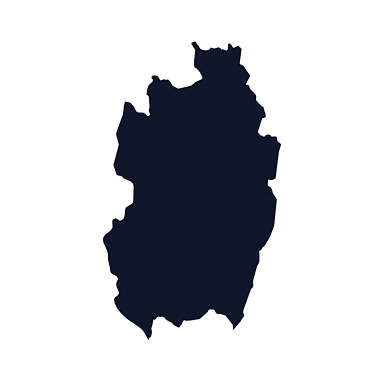 an SVG outline of Banskobystrický, rotated 104°
{"feature_id": "SVK-1052", "entity_name": "Banskobystrický", "entity_type": "Region", "adm_level": 1, "iso_a3": "SVK", "parent_name": "Slovakia", "parent_adm1": "", "projection": "equal_earth", "projection_center": [19.313, 48.501], "detail": "fine", "context": "isolated", "style": "filled", "palette": "ink", "viewbox_px": 384, "rotation_deg": 104, "n_neighbors": 0, "source": "natural_earth", "source_scale": "10m", "svg_char_len": 5482}
<svg xmlns="http://www.w3.org/2000/svg" viewBox="0 0 384 384"><g transform="rotate(104 192 192)"><path d="M344.4,199.2L339.8,203.4L337.5,206.0L335.7,209.1L329.8,224.8L326.6,230.5L322.8,235.6L318.3,239.4L314.8,241.0L312.9,240.3L311.2,238.7L308.1,237.4L306.4,238.0L301.7,241.7L299.2,242.7L296.4,242.4L294.9,241.9L293.5,242.2L291.6,244.1L291.0,245.5L290.2,249.1L289.1,250.9L287.8,251.7L284.9,252.7L278.7,255.9L278.2,256.2L272.3,257.8L268.8,259.7L261.8,265.3L258.2,266.4L255.0,265.4L249.1,260.8L245.3,259.7L239.7,261.6L238.2,261.4L236.8,259.5L237.1,257.9L238.0,256.1L237.9,254.2L235.2,251.3L231.6,250.8L224.4,252.0L222.9,251.3L219.5,247.8L217.8,246.5L216.2,246.1L214.6,246.1L200.4,249.3L197.7,250.6L196.0,253.5L194.6,261.2L192.7,264.3L192.6,264.5L192.7,264.8L193.0,265.8L193.1,266.9L193.0,268.0L192.7,269.0L184.5,274.0L163.6,273.7L154.3,278.8L152.6,279.1L133.5,277.0L124.2,278.2L121.2,278.1L121.0,276.2L121.0,273.7L121.3,273.1L123.0,270.8L123.5,269.9L123.9,269.3L124.5,268.8L125.2,268.4L125.9,267.9L126.9,267.0L128.0,265.7L128.5,264.4L128.6,263.0L127.7,259.4L127.6,258.3L128.1,256.9L128.4,256.1L128.7,255.5L129.4,254.6L129.6,254.2L129.6,253.8L129.6,253.3L129.7,252.9L129.5,252.4L129.3,252.1L127.2,250.1L124.7,252.0L123.9,252.6L123.1,252.9L122.3,253.0L121.8,253.0L120.9,252.8L120.5,252.9L119.9,253.1L117.3,253.6L115.2,254.6L114.4,254.8L113.3,255.0L112.1,255.3L111.5,255.6L110.9,255.9L109.8,256.1L109.3,256.5L108.8,257.0L108.3,257.8L108.1,258.4L108.0,258.8L107.9,259.1L107.5,259.2L106.6,259.1L105.9,259.1L104.4,259.5L103.6,259.6L102.8,259.5L101.6,259.2L101.1,259.2L100.3,259.3L99.9,259.3L99.2,259.1L98.5,258.8L95.5,256.7L94.9,256.4L94.0,256.3L93.2,256.2L92.6,256.2L92.1,256.5L91.7,256.8L91.3,257.5L91.0,257.9L90.6,258.2L90.2,258.3L89.8,258.2L89.4,257.9L89.0,257.3L88.7,256.5L88.5,255.5L88.5,254.3L88.7,253.5L89.5,252.5L90.6,251.6L91.2,250.9L92.0,250.6L92.2,250.3L92.1,249.7L91.5,248.4L90.3,246.5L90.0,245.7L90.1,245.2L90.7,244.8L90.9,244.5L90.9,244.2L89.5,242.9L89.6,242.2L90.2,241.2L91.9,239.2L93.8,237.6L94.3,236.7L94.6,235.9L95.9,230.3L89.9,218.5L88.9,217.5L84.9,214.6L80.5,209.0L78.7,208.6L78.0,208.9L77.2,209.3L75.7,210.8L73.5,212.7L73.0,213.2L72.5,214.1L71.6,214.9L71.4,215.2L71.3,215.7L71.1,216.2L70.8,216.6L70.1,217.3L70.0,217.9L70.0,218.5L69.8,219.0L69.4,219.5L64.5,220.9L54.8,222.2L52.8,222.7L51.6,223.9L50.5,225.3L50.2,225.7L49.1,226.4L48.7,226.9L48.2,227.7L47.5,227.7L46.0,225.4L46.7,224.5L48.0,223.4L48.4,223.0L48.7,222.5L48.9,222.0L49.0,221.5L49.3,221.1L50.3,220.4L50.8,219.9L51.5,219.1L51.9,218.1L52.2,216.9L52.4,215.6L52.2,214.0L51.6,211.4L50.4,209.5L49.6,208.7L48.9,208.5L48.4,208.4L48.1,208.2L48.0,207.5L48.1,206.4L48.1,205.2L47.8,204.1L46.5,202.1L46.0,201.0L46.2,199.8L46.6,199.2L47.9,197.7L48.1,197.4L48.0,197.1L47.1,197.0L46.8,196.7L46.8,196.1L47.0,194.9L47.1,194.0L47.2,193.0L46.9,192.1L46.4,191.6L45.1,191.2L43.7,191.2L40.0,191.9L39.6,191.6L39.8,190.9L40.8,189.4L43.0,187.0L43.4,186.5L43.1,185.9L42.0,185.3L39.8,182.3L41.6,179.2L56.7,177.5L56.7,177.1L56.8,176.8L57.3,175.5L57.4,175.2L57.4,174.9L57.4,174.6L57.4,174.2L57.5,173.9L57.7,173.3L58.1,172.7L58.8,171.8L61.1,169.5L65.3,164.5L73.7,166.4L74.5,166.4L75.6,166.2L75.6,165.4L75.3,163.7L75.5,163.2L76.1,162.7L78.3,161.1L78.9,160.5L82.5,154.6L83.3,153.8L84.1,153.4L86.4,153.3L87.1,153.1L87.7,152.8L89.8,150.0L91.7,146.8L92.2,146.1L92.5,145.6L92.7,145.2L92.8,143.9L99.4,140.0L101.3,139.5L101.5,139.8L101.7,140.2L101.8,140.6L102.1,140.9L102.3,141.1L102.5,141.4L102.9,141.9L103.0,142.2L105.6,142.7L118.6,143.4L120.8,140.1L121.1,138.9L121.6,136.6L121.7,135.6L121.6,135.0L121.4,134.7L119.3,133.2L118.5,131.8L118.3,130.9L118.5,130.3L119.0,129.8L119.6,129.1L119.7,128.2L119.6,127.1L118.7,124.7L118.7,124.0L119.0,123.5L121.6,122.5L122.3,121.8L122.8,121.3L124.6,117.8L131.9,118.2L157.3,115.1L158.5,115.1L158.7,115.5L159.0,116.2L159.2,116.4L159.7,116.6L160.1,117.0L160.4,117.8L160.6,119.3L160.7,120.1L160.6,120.5L159.9,120.7L159.7,120.8L159.6,121.0L159.2,121.8L159.5,122.0L160.0,122.0L166.2,121.2L167.1,120.9L167.9,120.4L168.2,120.1L168.4,119.8L168.5,119.4L168.8,118.1L169.0,117.4L170.7,115.6L173.9,114.0L179.0,108.6L204.8,104.9L216.5,106.2L226.4,109.2L227.5,110.0L228.4,110.8L228.9,111.1L230.5,111.4L231.0,111.6L231.5,112.0L231.9,112.5L232.7,113.1L233.3,113.3L233.8,113.3L235.7,112.4L242.7,110.7L244.1,110.7L248.5,111.7L263.2,112.0L263.6,111.9L265.4,111.7L268.1,110.6L268.9,110.6L269.6,110.7L271.6,112.0L293.8,114.3L296.7,114.1L299.0,112.3L300.1,112.3L302.9,113.6L305.9,114.4L306.7,114.8L307.9,115.5L314.1,118.6L310.7,119.5L303.5,128.7L302.8,129.8L303.0,130.8L302.9,131.4L302.8,131.9L302.8,133.8L302.7,135.3L303.2,137.3L303.3,138.3L302.6,139.2L301.9,139.9L301.1,140.6L300.6,141.1L300.2,141.6L300.1,142.5L300.2,143.7L300.7,146.0L301.3,147.2L302.5,148.2L304.3,148.5L304.6,148.7L312.6,154.2L313.4,155.7L316.7,163.6L317.7,167.2L317.6,167.6L317.4,167.9L317.4,168.4L317.4,168.8L317.7,169.2L318.2,169.6L319.6,170.2L320.7,170.5L322.4,170.7L322.9,170.9L324.2,171.5L325.6,171.9L325.9,172.1L326.0,172.5L325.6,173.8L325.0,176.4L324.8,177.0L324.5,177.5L324.1,177.9L323.7,178.6L323.3,179.3L322.9,180.4L321.8,185.1L321.4,185.9L320.6,187.0L320.0,188.0L319.6,188.9L319.3,190.2L319.4,191.0L319.6,191.7L320.1,192.6L320.3,193.1L320.3,193.7L320.2,194.2L320.1,194.7L320.5,195.3L321.3,196.0L324.0,197.4L324.4,197.8L324.2,198.1L324.0,198.5L323.8,198.8L323.6,199.1L323.7,199.4L324.4,199.4L330.9,199.0L333.3,199.2L334.6,199.2L337.2,197.9L338.4,197.6L341.7,197.5L344.3,199.2L344.4,199.2Z" fill="#0f172a" stroke="#020617" stroke-width="1.5"/></g></svg>